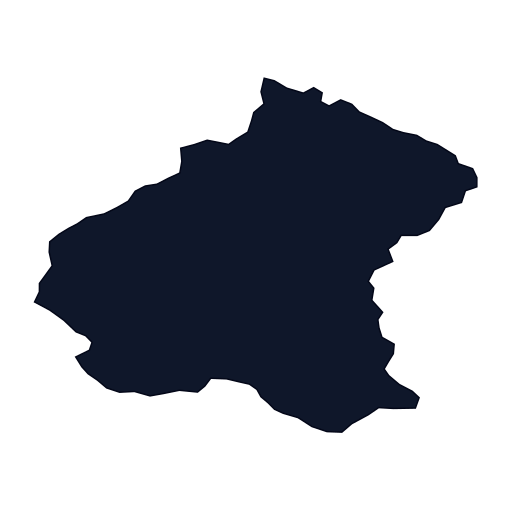 São Brás do Suaçuí, Minas Gerais, Brazil, rotated 89°
{"feature_id": "56859067B55981739158255", "entity_name": "São Brás do Suaçuí", "entity_type": "district", "adm_level": 2, "iso_a3": "BRA", "parent_name": "Brazil", "parent_adm1": "Minas Gerais", "projection": "equal_earth", "projection_center": [-43.972, -20.628], "detail": "fine", "context": "isolated", "style": "filled", "palette": "ink", "viewbox_px": 512, "rotation_deg": 89, "n_neighbors": 0, "source": "geoboundaries", "source_scale": "gbopen_adm2", "svg_char_len": 1561}
<svg xmlns="http://www.w3.org/2000/svg" viewBox="0 0 512 512"><g transform="rotate(89 256 256)"><path d="M410.8,99.3L400.5,95.4L394.0,102.1L387.0,115.0L377.9,125.4L371.2,129.9L363.8,125.4L356.1,120.4L346.6,119.4L339.5,131.5L330.0,134.3L321.6,135.3L314.5,130.4L302.3,141.0L290.2,138.8L283.3,144.2L272.0,138.2L263.8,119.4L251.4,123.9L245.1,115.0L237.9,110.5L238.2,94.5L233.5,82.2L222.6,72.7L210.8,66.0L206.0,49.6L194.4,45.5L190.7,34.0L181.5,33.8L172.5,37.9L167.2,52.2L159.3,55.0L154.3,62.7L147.7,72.9L144.0,83.9L138.2,93.2L135.3,106.6L131.9,117.0L124.9,127.1L120.0,137.1L113.8,150.3L106.0,157.6L101.4,168.6L107.3,180.3L102.7,188.7L94.0,187.0L88.7,195.4L94.0,205.8L88.7,222.4L81.1,234.7L78.4,244.7L91.9,248.1L104.0,245.3L112.5,255.7L120.9,258.1L132.0,262.0L138.7,273.6L144.0,281.4L141.5,292.9L139.4,302.8L143.6,315.8L146.9,329.4L160.1,328.5L171.7,330.7L176.7,342.1L182.5,353.8L184.1,365.5L189.1,375.6L198.9,382.7L205.1,394.0L211.3,407.1L214.7,424.9L220.8,434.1L225.0,442.6L230.8,452.5L238.2,462.0L248.5,462.7L262.2,459.9L272.2,467.4L279.6,473.0L288.1,473.2L298.1,478.2L306.5,463.1L316.8,449.3L328.7,437.2L332.7,427.7L339.4,421.4L347.3,424.2L353.8,438.0L363.8,432.0L370.8,425.9L377.4,416.6L385.3,407.6L389.8,394.8L389.3,379.9L394.0,364.4L391.9,351.2L388.9,335.0L391.0,316.8L385.2,309.5L377.4,303.4L378.3,287.5L381.5,275.1L384.0,264.8L389.4,257.4L396.8,253.5L403.0,246.4L409.6,240.1L413.7,231.5L418.3,216.8L427.5,203.0L432.8,188.1L433.6,173.2L425.3,163.2L416.7,146.6L409.7,136.0L410.8,121.1L410.8,99.3Z" fill="#0f172a" stroke="#020617" stroke-width="1.5"/></g></svg>